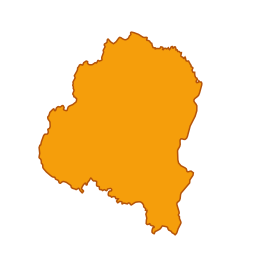 map outline of Chernihiv (Equal Earth projection), rotated 108°
{"feature_id": "UKR-285", "entity_name": "Chernihiv", "entity_type": "Region", "adm_level": 1, "iso_a3": "UKR", "parent_name": "Ukraine", "parent_adm1": "", "projection": "equal_earth", "projection_center": [32.067, 51.356], "detail": "fine", "context": "isolated", "style": "filled", "palette": "amber", "viewbox_px": 256, "rotation_deg": 108, "n_neighbors": 0, "source": "natural_earth", "source_scale": "10m", "svg_char_len": 5819}
<svg xmlns="http://www.w3.org/2000/svg" viewBox="0 0 256 256"><g transform="rotate(108 128 128)"><path d="M96.1,67.8L106.9,69.5L117.8,68.9L119.8,69.2L121.3,70.3L121.6,71.6L121.6,73.0L121.9,74.2L123.0,74.7L124.1,74.6L127.4,73.3L129.6,73.1L133.3,73.9L134.5,73.8L143.0,70.7L145.7,69.0L147.5,66.0L148.3,61.3L148.9,59.9L150.9,58.6L151.2,57.8L151.0,57.1L149.8,55.5L149.5,54.6L150.4,52.0L152.9,51.6L158.2,53.1L161.2,52.4L173.4,57.4L175.2,57.4L178.9,56.6L180.7,56.6L181.8,57.0L183.6,58.1L184.7,58.2L185.8,57.8L192.2,53.4L193.3,53.0L193.8,53.0L194.7,53.3L195.2,53.2L195.7,52.8L196.4,51.7L198.2,51.1L200.6,49.0L201.6,48.4L202.4,48.3L208.4,49.2L212.4,49.2L213.5,49.4L215.0,50.2L214.3,51.9L214.0,53.6L212.9,55.1L212.5,57.7L211.9,58.5L210.3,59.7L210.0,60.7L210.5,65.1L213.8,66.1L215.2,67.2L216.4,68.4L217.1,69.0L217.9,70.1L220.4,70.4L220.5,70.9L220.3,71.8L219.9,72.6L219.6,73.0L217.9,73.5L216.4,73.6L215.3,73.5L214.5,72.5L213.9,72.6L213.5,73.3L213.5,76.2L213.1,77.1L212.3,77.7L212.3,77.9L212.7,78.1L213.7,79.4L213.8,80.2L213.2,81.2L209.7,82.1L208.3,82.2L207.4,82.6L204.4,84.4L201.7,84.2L200.5,84.5L200.9,85.4L200.9,86.0L199.3,86.3L198.1,88.7L196.9,89.2L196.1,89.8L195.0,91.3L194.4,93.2L194.8,94.8L195.9,97.2L196.3,97.8L196.7,98.3L200.1,101.0L200.1,101.9L199.1,102.9L199.0,103.8L199.2,104.5L200.4,105.2L200.7,108.7L201.0,109.1L201.8,109.7L202.0,110.1L201.9,110.3L200.5,110.8L200.2,111.0L200.1,111.5L200.2,112.5L200.6,113.4L202.1,114.4L202.3,114.9L201.0,116.3L198.3,115.3L198.3,115.5L198.8,117.1L198.9,117.7L198.3,118.4L197.7,118.7L197.5,119.0L197.5,119.6L197.8,120.9L198.9,122.3L198.3,123.3L198.2,123.7L198.4,125.2L197.9,126.0L197.1,126.4L195.7,126.6L194.6,126.5L193.8,126.1L193.0,124.6L192.1,124.3L191.5,124.5L190.9,125.5L190.9,126.1L192.2,128.4L192.5,128.6L193.8,128.7L194.2,129.0L194.3,129.8L193.9,131.3L194.1,131.7L195.4,132.8L195.4,133.0L194.9,133.9L194.8,134.3L195.2,135.3L195.2,135.9L194.7,136.4L192.9,137.1L192.7,137.9L192.8,139.3L192.6,139.9L192.3,140.1L192.0,140.3L188.8,141.2L188.6,141.5L188.5,141.9L188.5,143.0L189.0,144.5L188.7,145.3L187.2,147.4L187.1,147.9L187.4,148.1L189.8,148.6L192.2,149.5L193.0,149.6L194.6,149.4L195.0,149.7L195.0,150.3L193.7,151.2L193.6,151.4L193.7,151.7L194.2,152.1L196.2,153.0L199.4,153.6L199.8,153.5L200.3,153.2L201.5,151.0L201.7,150.8L203.5,151.2L203.8,151.4L203.8,151.7L202.4,154.1L200.7,155.8L200.6,156.4L200.8,156.7L202.5,158.1L202.6,158.6L202.4,159.4L202.5,162.1L202.2,163.1L201.7,163.8L200.7,164.3L200.2,164.9L198.8,169.5L198.7,170.3L198.7,171.8L198.9,173.2L199.7,174.1L201.3,175.1L201.5,175.4L201.5,175.9L201.4,176.4L200.8,177.0L199.9,177.6L199.3,178.5L199.1,180.6L198.9,181.3L197.6,182.2L197.5,182.5L197.8,184.3L197.7,185.2L197.1,187.1L195.0,192.1L192.7,195.9L191.8,196.8L189.5,197.7L188.8,198.4L188.4,199.4L188.1,199.6L186.7,200.1L185.3,200.8L184.6,201.5L183.9,203.1L183.3,203.6L179.5,204.1L174.1,206.5L171.9,206.5L171.5,206.4L171.3,205.9L170.9,205.8L167.9,206.1L161.5,205.9L159.9,205.4L159.5,204.9L158.8,203.0L158.4,202.7L157.6,202.5L156.3,202.6L154.4,203.7L154.0,203.8L153.8,203.7L152.7,202.7L152.1,202.5L150.5,202.5L146.6,204.0L145.7,204.8L144.5,206.5L143.8,207.1L142.5,207.7L141.8,207.6L141.0,207.1L137.2,207.1L133.5,205.3L133.1,204.9L132.7,204.5L134.0,203.3L134.1,203.1L134.1,202.7L133.7,202.3L131.2,202.3L129.8,201.6L129.2,200.9L129.0,199.1L128.6,198.6L127.1,197.6L126.9,197.2L126.8,196.8L126.9,196.5L128.1,195.2L128.6,195.0L130.0,195.2L130.4,194.9L130.6,194.3L130.7,193.2L130.6,192.1L130.3,191.6L129.9,191.4L127.3,191.4L126.1,191.2L125.0,190.3L122.8,187.8L119.5,185.6L119.0,185.4L117.6,185.5L116.3,185.8L115.8,186.1L115.6,187.2L115.0,188.1L115.0,189.1L113.9,189.7L112.8,191.0L112.1,191.1L109.6,190.9L108.9,191.0L108.3,191.3L107.3,192.3L105.7,192.7L104.8,193.5L104.3,193.8L102.8,193.8L101.7,194.4L101.0,194.5L97.0,193.8L96.4,193.9L94.9,195.2L89.9,194.2L88.7,194.1L87.8,194.1L86.4,194.5L85.0,193.9L83.1,193.6L82.5,193.0L82.2,192.5L82.3,191.4L82.1,190.6L81.7,190.5L79.6,190.3L77.5,188.7L77.2,188.2L77.2,187.6L77.5,186.8L78.4,186.7L78.9,186.5L79.6,185.4L79.8,184.5L79.3,182.6L78.8,181.6L78.4,181.2L76.0,179.4L75.9,178.1L75.6,177.9L73.4,177.6L73.0,177.4L72.9,177.2L73.2,176.0L73.1,175.7L72.6,175.3L71.9,174.2L71.6,174.0L70.9,173.9L69.6,174.6L68.6,174.8L63.7,174.6L63.1,174.8L62.1,175.5L61.7,175.6L58.0,174.9L57.4,175.2L56.6,176.1L55.7,176.4L55.1,176.1L54.3,175.3L53.1,174.6L52.6,174.5L50.8,174.9L50.1,174.9L49.6,174.5L49.7,174.0L50.7,172.5L51.7,170.5L52.3,167.9L51.5,167.2L49.5,165.9L45.5,164.6L44.5,164.1L44.3,163.6L44.3,162.6L44.8,161.0L45.1,158.9L44.8,157.5L44.2,156.7L42.7,155.5L42.1,155.3L39.9,155.0L38.4,154.2L37.8,154.3L36.9,154.9L36.3,154.9L36.0,154.7L35.7,154.2L35.5,151.8L35.7,147.0L37.0,142.0L37.0,141.3L36.8,140.2L36.1,138.6L36.1,137.8L36.6,137.6L38.2,137.6L38.6,137.3L38.7,137.0L38.5,136.4L38.7,134.4L40.0,132.7L40.1,131.6L42.0,130.5L43.8,129.0L43.4,126.8L44.3,126.6L44.2,126.2L43.5,125.3L42.9,123.1L42.6,122.5L41.9,122.1L40.7,121.9L40.5,120.9L40.6,119.9L41.1,119.4L41.8,119.2L42.6,119.3L42.6,118.7L41.3,118.2L40.8,117.6L40.5,116.6L40.9,116.0L40.6,115.4L39.2,114.4L40.1,113.7L40.6,112.8L39.5,112.4L37.5,112.0L36.8,111.2L36.8,110.7L37.6,110.3L38.1,110.1L38.1,109.7L36.3,108.6L36.3,108.0L38.1,106.7L38.9,106.4L38.5,105.4L39.8,104.3L39.4,103.2L40.2,101.5L39.8,100.5L40.6,100.3L42.5,100.2L43.2,100.0L43.6,99.2L43.9,97.4L44.6,96.8L44.6,96.2L44.1,96.1L42.9,95.7L43.6,95.0L45.0,94.3L46.1,93.4L46.1,92.2L45.6,91.4L45.6,91.1L48.2,88.4L48.9,87.4L50.2,86.9L50.4,85.5L50.6,85.0L51.1,84.8L53.0,85.0L53.5,84.8L54.9,83.4L54.9,82.8L54.6,82.5L54.4,81.8L56.2,81.2L57.9,80.3L59.2,79.1L59.3,77.9L60.3,77.1L60.7,77.0L61.0,77.1L61.4,77.6L63.0,77.5L63.6,76.5L63.0,75.4L61.2,75.3L62.0,73.7L61.7,72.4L62.7,71.6L64.2,71.2L72.7,70.8L75.1,71.0L76.6,71.7L79.4,73.6L80.9,74.0L82.3,73.5L83.3,72.2L84.3,70.7L85.6,69.4L90.4,67.9L96.1,67.8Z" fill="#f59e0b" stroke="#b45309" stroke-width="1.5"/></g></svg>